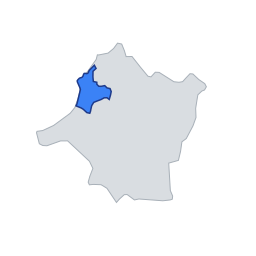 Đakovica highlighted on a map of Kosovo, rotated 68°
{"feature_id": "KOS-5890", "entity_name": "Đakovica", "entity_type": "District", "adm_level": 1, "iso_a3": "XKX", "parent_name": "Kosovo", "parent_adm1": "", "projection": "equal_earth", "projection_center": [20.354, 42.389], "detail": "fine", "context": "in_parent", "style": "filled", "palette": "blue", "viewbox_px": 256, "rotation_deg": 68, "n_neighbors": 0, "source": "natural_earth", "source_scale": "10m", "svg_char_len": 1560}
<svg xmlns="http://www.w3.org/2000/svg" viewBox="0 0 256 256"><g transform="rotate(68 128 128)"><path d="M75.6,93.9L87.5,90.1L89.2,87.5L86.5,81.8L88.1,78.3L102.3,68.1L104.7,63.6L105.5,60.0L103.6,56.1L100.9,50.2L102.2,47.6L109.6,44.2L115.6,40.2L119.1,39.9L121.4,42.8L121.4,45.7L123.4,50.8L127.8,53.5L135.1,57.9L143.7,61.0L150.4,67.0L159.6,77.9L161.0,83.2L169.3,88.0L176.9,93.4L175.8,103.4L201.9,112.2L207.8,112.1L210.6,113.6L210.5,115.9L208.5,123.0L197.9,144.5L197.1,149.0L189.4,153.7L188.4,156.4L190.6,162.4L192.7,166.6L176.0,170.1L170.5,174.2L167.3,181.3L166.2,185.1L163.3,185.2L158.5,181.5L152.3,175.7L144.4,176.2L117.3,188.8L114.7,195.4L114.1,209.8L112.3,213.6L109.4,216.1L98.1,214.6L97.0,213.6L98.4,208.1L97.8,196.1L92.7,176.1L89.1,169.6L81.7,163.1L76.0,158.9L65.6,155.1L60.4,144.2L52.5,131.8L48.7,129.0L49.3,127.8L51.1,118.4L48.9,111.6L45.4,105.9L47.8,102.4L55.1,102.4L61.1,103.0L63.2,97.5L75.6,93.9Z" fill="#d9dde1" stroke="#a8b0b8" stroke-width="1"/><path d="M66.5,157.7L65.3,157.5L64.6,156.6L63.7,154.6L63.6,153.7L63.8,152.0L63.5,151.0L63.0,150.3L61.5,149.0L61.0,148.2L61.2,147.4L62.1,146.0L62.2,144.9L61.7,144.0L60.4,142.8L59.9,142.0L57.2,135.7L60.8,135.3L62.3,139.2L67.5,141.4L71.9,142.7L73.9,139.8L75.8,140.5L78.3,139.5L79.3,137.3L80.0,133.7L83.0,132.4L84.7,129.9L87.9,129.9L90.8,131.8L94.5,134.7L92.1,136.1L91.1,138.8L91.5,142.2L91.4,146.3L91.4,150.2L93.7,153.3L96.7,155.4L98.3,156.4L100.0,157.9L98.3,160.4L94.0,162.4L91.9,163.9L88.0,167.9L86.4,166.2L74.5,157.7L73.1,157.5L66.5,157.7Z" fill="#3b82f6" stroke="#1e3a8a" stroke-width="1.5"/></g></svg>